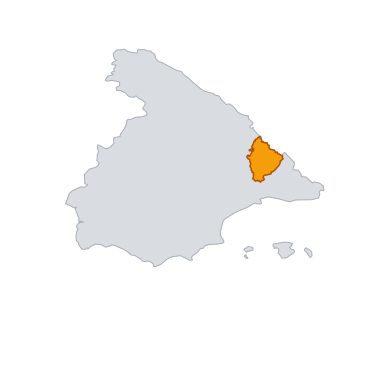 Huesca highlighted on a map of Spain, rotated 29°
{"feature_id": "ESP-5825", "entity_name": "Huesca", "entity_type": "Autonomous Community", "adm_level": 1, "iso_a3": "ESP", "parent_name": "Spain", "parent_adm1": "", "projection": "equal_earth", "projection_center": [-0.025, 42.135], "detail": "fine", "context": "in_parent", "style": "filled", "palette": "amber", "viewbox_px": 384, "rotation_deg": 29, "n_neighbors": 0, "source": "natural_earth", "source_scale": "10m", "svg_char_len": 7404}
<svg xmlns="http://www.w3.org/2000/svg" viewBox="0 0 384 384"><g transform="rotate(29 192 192)"><path d="M204.5,97.9L204.5,98.8L206.1,100.5L210.9,101.5L212.1,102.2L211.8,104.6L210.7,106.6L211.7,107.5L212.9,107.5L214.3,105.9L214.6,106.9L216.7,107.9L221.5,109.8L225.0,110.0L228.5,113.7L234.2,113.0L239.3,116.6L244.2,115.8L245.3,116.5L252.8,116.6L253.2,113.7L254.1,112.5L267.1,116.5L268.7,119.0L268.4,120.2L269.1,123.1L270.8,123.0L274.3,121.4L278.7,123.4L279.9,125.2L280.8,125.3L284.2,123.6L293.2,125.7L293.6,124.3L294.2,123.9L298.0,122.6L299.6,122.4L304.4,123.3L305.0,125.0L306.0,125.6L306.4,127.0L303.6,127.9L303.3,130.3L305.1,132.4L305.3,136.1L300.5,140.7L286.7,148.6L282.1,153.3L271.8,155.8L261.0,159.3L254.6,165.6L256.3,166.1L258.2,168.3L257.6,169.3L254.8,170.7L252.2,171.2L247.5,179.0L241.0,187.2L238.6,190.8L233.5,200.4L233.5,203.1L236.0,212.7L237.4,215.2L239.5,217.3L243.3,219.1L244.3,220.8L243.0,222.5L239.1,225.5L232.4,229.6L229.5,232.8L228.9,235.9L226.9,237.2L226.1,241.6L223.4,247.6L223.2,249.2L225.3,251.4L223.2,252.8L212.8,253.3L206.3,258.0L203.0,262.2L200.0,270.1L196.4,274.7L194.8,275.6L192.4,273.5L189.4,273.2L186.4,273.9L184.8,275.5L182.4,276.4L180.0,275.6L174.9,275.2L172.7,275.3L169.1,276.6L166.0,275.7L160.9,275.3L149.7,276.3L148.3,276.8L143.2,282.1L137.8,282.2L132.8,284.4L129.4,289.6L128.7,292.3L127.8,291.7L127.0,291.9L126.6,294.0L123.1,295.3L119.4,293.6L116.3,291.0L114.6,290.9L112.0,286.9L110.9,284.3L110.2,281.6L110.2,279.6L107.8,278.5L107.3,276.0L109.1,272.8L111.5,271.0L109.3,271.1L107.7,273.2L105.8,269.8L97.9,263.3L98.4,261.0L97.0,262.7L96.0,263.2L91.9,262.9L87.1,263.7L85.4,252.6L86.8,248.7L92.4,241.2L95.7,240.2L97.2,236.3L94.1,236.5L89.5,229.0L91.0,222.0L96.0,216.8L96.9,214.7L97.1,212.8L96.3,211.5L93.6,210.7L91.1,205.2L90.6,201.8L88.4,199.9L86.7,196.6L88.4,196.1L95.2,196.0L96.9,195.2L98.2,192.9L99.7,189.2L100.0,186.9L97.5,183.7L97.4,183.0L97.8,182.0L102.1,178.4L101.3,175.7L102.2,170.1L101.9,166.8L101.6,164.2L100.3,160.7L101.2,159.3L103.4,158.1L105.3,155.3L107.8,152.9L111.2,151.0L115.1,146.9L114.6,145.1L113.3,144.0L108.6,143.2L108.3,142.4L108.5,137.9L107.3,136.1L105.6,136.3L103.0,135.5L102.4,136.0L99.1,135.9L96.8,135.1L95.8,135.8L95.4,137.3L91.5,139.0L89.3,138.9L85.7,137.5L81.6,138.0L81.1,137.6L77.6,139.5L76.4,139.5L75.0,137.3L77.1,134.1L75.5,131.1L74.5,131.0L67.9,133.2L64.0,136.1L62.5,136.5L62.0,136.0L62.0,131.8L66.1,127.4L63.6,127.1L63.8,125.8L65.5,123.8L63.9,122.3L64.1,117.8L60.6,119.3L59.7,119.1L59.7,117.3L62.0,113.7L59.8,113.3L58.1,112.0L56.1,109.1L56.2,107.5L57.5,104.0L60.6,102.3L63.7,99.8L67.8,100.3L74.1,98.2L76.3,97.1L76.3,95.6L75.6,94.5L76.3,93.4L81.4,90.5L84.4,90.2L87.6,88.7L89.6,89.6L91.4,89.3L93.4,90.4L96.0,93.1L100.0,94.1L103.2,93.3L119.5,93.1L124.2,91.8L127.7,93.4L134.6,94.1L138.8,95.5L150.3,97.7L154.5,97.7L162.9,95.5L165.2,96.1L168.6,95.0L170.2,95.2L172.3,96.8L179.6,98.8L181.6,97.1L183.0,96.7L188.4,97.8L193.7,100.0L196.5,100.1L200.6,99.5L204.5,97.9ZM304.2,193.1L306.1,194.0L308.2,193.2L309.3,193.5L310.4,193.9L310.7,195.6L306.4,203.9L302.9,206.2L299.3,204.4L297.3,204.0L296.7,203.3L296.1,200.6L295.2,199.8L293.8,199.4L291.1,201.5L290.3,200.1L289.0,199.8L288.5,199.0L288.5,197.9L296.8,191.4L299.2,190.0L304.4,188.3L305.2,188.6L304.5,189.6L305.2,190.5L304.2,193.1ZM327.9,189.7L327.1,192.1L320.8,189.0L318.8,188.6L318.3,188.2L318.4,185.8L322.6,185.5L326.0,186.7L327.9,189.7ZM269.7,216.5L269.0,218.2L265.9,217.6L265.2,216.9L265.9,215.1L266.8,214.8L266.8,213.5L267.7,212.2L272.1,211.1L273.1,212.0L273.4,213.3L270.7,216.2L269.7,216.5ZM272.8,223.2L272.4,223.5L269.0,223.2L268.9,222.1L269.6,220.6L270.8,222.1L272.8,222.4L272.8,223.2Z" fill="#d9dde1" stroke="#a8b0b8" stroke-width="1"/><path d="M225.3,110.6L225.4,110.8L225.4,111.0L225.4,111.5L225.6,111.7L225.8,111.7L226.0,111.7L226.9,112.1L227.2,112.4L228.0,113.4L228.0,113.5L228.1,113.8L228.4,113.8L228.5,113.8L228.6,114.1L228.6,114.3L228.8,114.4L229.0,114.4L229.3,114.1L229.5,114.1L229.5,113.5L230.0,113.5L231.1,114.0L231.7,113.9L232.2,113.6L233.1,112.9L233.3,113.1L233.5,113.0L233.6,112.8L233.7,112.6L234.0,112.8L235.2,113.6L235.5,114.0L236.0,114.1L236.6,113.9L236.9,113.8L236.9,114.3L237.0,114.7L237.3,115.1L237.6,115.3L237.7,115.5L237.8,115.8L238.0,115.9L238.2,116.0L238.4,116.1L238.5,116.3L239.4,116.7L240.1,116.6L241.6,116.1L242.8,115.9L243.2,115.6L243.5,115.6L244.6,115.9L244.9,116.0L245.3,116.7L245.7,117.1L246.0,117.1L246.5,116.3L246.9,116.0L247.2,115.8L247.8,116.3L247.8,116.5L248.3,116.7L248.7,116.7L249.5,116.5L249.8,116.7L252.3,116.6L253.0,116.7L253.3,116.6L253.4,116.4L253.7,116.6L254.0,117.3L254.3,118.0L254.5,118.2L254.7,118.4L254.8,118.4L255.2,118.5L255.5,118.6L255.5,118.9L255.5,119.0L255.4,119.2L255.4,119.5L255.3,119.8L255.2,120.1L255.1,120.3L255.0,120.5L254.9,120.6L254.8,120.8L254.8,121.0L254.8,121.3L254.8,121.5L254.7,121.5L254.4,121.6L254.2,121.7L254.2,121.9L254.2,122.1L254.3,122.3L254.4,122.5L254.4,122.8L254.5,123.0L254.8,123.4L254.9,123.7L255.1,124.4L255.2,125.5L255.2,126.0L255.1,126.6L255.1,127.0L255.0,127.5L254.8,128.2L254.7,128.4L254.6,128.5L254.4,129.5L254.3,129.9L254.3,130.2L254.3,130.3L254.4,130.6L254.3,130.9L254.3,131.4L254.2,131.7L254.1,132.0L253.9,132.1L253.6,133.3L253.3,133.9L253.3,134.1L253.3,134.3L253.2,134.5L253.1,134.8L252.8,134.9L252.7,135.0L252.4,135.4L252.4,135.5L252.2,135.6L251.9,135.7L251.7,135.9L251.6,136.0L251.5,136.4L251.8,136.6L252.0,136.7L252.1,136.9L252.1,137.0L252.2,137.9L252.1,138.1L251.8,138.4L251.7,138.5L251.4,138.7L251.2,138.9L251.1,139.1L250.9,139.3L250.5,139.4L250.3,139.4L250.2,139.5L249.9,140.1L249.7,140.5L249.3,140.8L248.6,141.0L248.3,141.1L248.2,141.2L248.1,141.4L248.1,141.5L247.9,141.6L247.8,141.8L247.5,142.2L247.1,142.6L246.8,143.1L246.8,143.3L246.8,143.5L247.1,144.1L247.2,144.7L247.2,144.9L247.3,145.1L247.5,145.1L248.1,145.2L248.3,145.2L248.5,145.2L248.7,145.3L248.8,145.5L248.8,145.9L248.9,146.1L249.0,146.3L249.0,146.5L248.9,146.9L248.5,147.3L248.4,147.5L248.3,147.8L248.2,147.8L248.0,148.0L247.4,148.1L247.2,148.3L247.2,148.5L247.2,149.0L247.2,149.5L247.0,150.2L245.0,149.6L244.6,150.3L243.8,150.5L243.5,150.2L242.8,150.7L242.3,151.7L240.5,151.4L240.4,151.3L240.2,151.0L239.9,150.8L239.5,150.8L238.8,151.1L238.1,148.4L237.8,147.8L237.1,147.0L236.8,145.9L236.6,145.6L236.4,145.3L236.2,145.2L235.9,145.2L235.4,145.7L235.2,145.7L233.9,144.5L233.2,144.3L233.1,144.1L232.7,143.0L232.5,142.9L230.3,141.5L230.2,141.3L230.1,141.0L229.6,138.8L229.4,138.4L229.0,138.1L228.0,137.5L227.1,136.0L226.8,135.8L224.5,135.7L223.0,134.7L222.8,134.3L222.8,133.9L223.0,133.0L223.2,132.7L223.3,132.6L223.6,132.4L223.9,132.5L224.0,132.6L224.3,133.1L224.5,133.1L224.8,133.0L225.0,132.7L225.2,132.3L225.2,131.9L225.0,127.8L225.2,127.4L225.5,127.0L225.5,126.8L225.5,126.5L225.3,125.7L225.4,124.8L225.2,124.5L225.1,124.4L224.5,124.3L224.5,124.6L224.7,125.3L224.7,125.6L224.1,127.2L224.0,127.3L223.9,127.4L223.7,127.4L223.3,127.2L223.1,127.2L222.9,127.2L222.7,127.3L222.5,127.9L222.3,128.0L222.0,128.0L221.8,127.9L221.7,127.7L223.4,124.9L223.5,124.6L223.5,124.4L223.3,123.9L222.2,123.3L222.1,123.2L222.4,122.6L222.4,122.4L222.4,122.2L222.2,121.7L222.1,118.5L221.7,117.7L221.7,117.4L221.8,117.3L222.3,117.2L222.5,117.1L222.6,116.8L222.5,116.6L222.0,116.1L222.0,115.9L222.1,115.2L222.3,114.8L222.4,114.7L222.6,114.6L222.9,114.5L223.1,114.0L223.2,113.2L223.2,112.8L223.2,112.6L223.3,112.4L223.8,111.7L223.9,111.4L223.9,111.2L224.1,111.0L224.8,110.6L225.3,110.6L225.3,110.6Z" fill="#f59e0b" stroke="#b45309" stroke-width="1.5"/></g></svg>